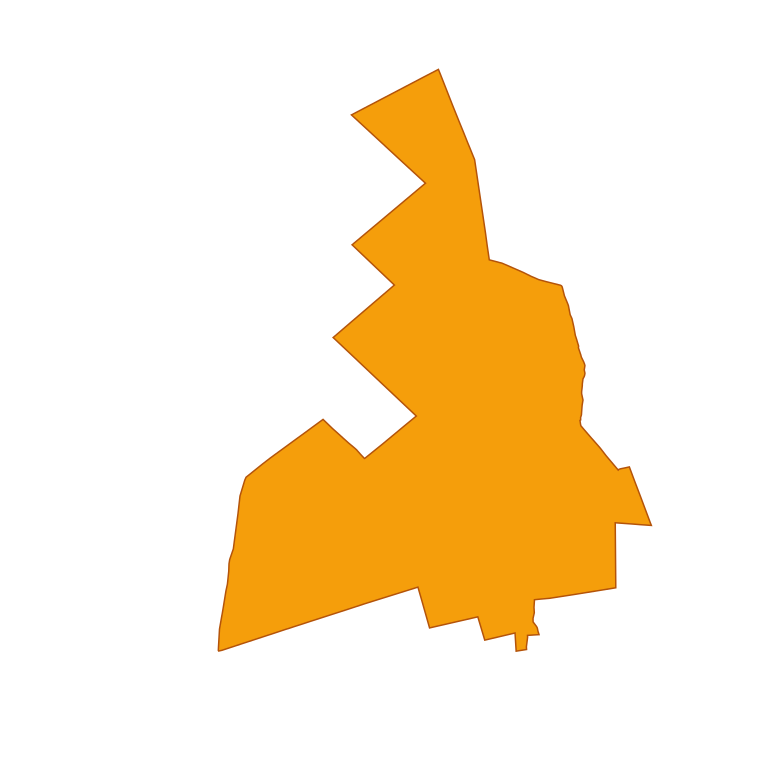 the district of Valea Marului, Galati, Romania, rotated 346°
{"feature_id": "2599482B22058723749755", "entity_name": "Valea Marului", "entity_type": "district", "adm_level": 2, "iso_a3": "ROU", "parent_name": "Romania", "parent_adm1": "Galati", "projection": "robinson", "projection_center": [27.684, 45.875], "detail": "fine", "context": "isolated", "style": "filled", "palette": "amber", "viewbox_px": 768, "rotation_deg": 346, "n_neighbors": 0, "source": "geoboundaries", "source_scale": "gbopen_adm2", "svg_char_len": 2544}
<svg xmlns="http://www.w3.org/2000/svg" viewBox="0 0 768 768"><g transform="rotate(346 384 384)"><path d="M566.1,466.5L566.4,465.3L566.6,464.2L567.4,462.9L568.1,461.7L569.6,457.1L571.1,452.6L573.2,447.7L573.4,441.5L573.5,440.8L574.0,439.0L574.6,437.4L575.1,436.1L576.0,433.6L576.5,431.8L577.1,430.3L578.3,427.2L579.9,425.4L580.4,424.7L580.9,423.8L581.6,422.1L581.7,418.8L583.4,414.8L583.4,413.2L583.1,410.8L582.0,405.6L582.0,403.4L581.4,395.9L582.0,394.3L581.8,390.3L581.7,387.1L581.4,383.1L582.0,374.3L582.2,366.0L581.4,361.8L581.9,352.4L581.6,350.0L580.4,342.1L580.4,333.4L580.4,333.0L580.0,331.7L579.2,330.9L566.1,323.9L559.3,320.1L556.1,317.6L552.9,315.2L546.2,309.5L537.0,302.4L528.0,295.5L527.4,295.1L524.9,293.8L524.1,293.3L516.2,289.0L517.6,274.7L519.0,262.1L526.2,188.3L524.3,174.9L523.6,170.3L522.1,159.3L520.5,148.3L518.0,130.4L513.7,97.5L512.9,91.9L496.2,95.9L451.3,106.8L417.5,115.0L431.7,136.6L452.6,168.5L472.8,199.2L386.7,241.2L393.8,252.4L418.0,290.5L367.4,315.8L345.9,326.6L358.6,346.4L383.5,385.3L407.6,422.9L391.7,430.5L368.5,441.7L347.6,451.4L347.0,451.5L344.3,446.7L341.9,442.1L341.6,441.4L339.9,438.9L335.3,432.6L323.3,414.8L316.3,403.6L301.6,409.6L270.7,422.2L260.6,426.3L257.5,427.6L255.5,428.4L254.8,428.7L253.8,429.2L252.8,429.6L247.3,432.0L244.5,433.3L227.6,441.1L225.6,443.7L217.2,457.8L211.0,474.4L202.7,495.4L200.4,501.2L200.1,502.0L197.9,507.6L191.8,517.0L190.1,521.0L188.1,528.0L184.6,537.7L183.6,540.4L180.6,546.5L174.0,561.9L171.3,568.1L170.5,569.8L165.1,582.0L160.0,598.4L158.8,602.4L159.0,603.1L162.3,603.2L182.5,601.7L211.6,599.6L213.4,599.5L230.3,598.2L231.6,598.2L237.9,597.7L245.7,597.2L255.2,596.5L293.8,593.9L311.5,592.6L367.8,589.3L368.3,603.4L369.2,631.7L395.5,632.2L417.4,632.6L418.7,632.6L419.8,656.9L450.9,657.3L447.6,675.2L458.1,676.1L458.6,673.4L460.0,669.8L462.1,664.4L462.4,662.6L473.8,664.7L473.7,662.7L473.6,661.7L473.6,660.6L473.7,658.4L473.7,657.7L473.4,656.4L473.3,656.1L472.4,654.0L471.6,652.1L471.1,650.9L471.9,647.5L474.5,642.3L474.9,640.2L475.5,637.0L477.3,631.4L477.8,629.7L483.4,630.5L492.9,632.0L504.9,633.1L517.0,634.2L540.4,636.2L559.6,637.8L574.8,574.6L592.2,580.3L598.1,582.3L609.2,585.9L608.9,583.6L607.3,569.6L605.7,555.6L604.4,544.8L603.8,539.9L603.2,534.6L602.4,527.5L602.0,523.8L597.7,523.7L593.2,523.5L591.4,523.6L590.4,524.2L590.1,523.5L582.3,507.6L582.2,507.4L578.8,499.6L578.0,497.9L577.9,497.7L572.7,487.6L572.5,487.3L567.0,476.4L566.9,476.2L564.9,472.1L565.0,470.3L565.2,468.3L565.3,466.7L566.1,466.5Z" fill="#f59e0b" stroke="#b45309" stroke-width="1.5"/></g></svg>